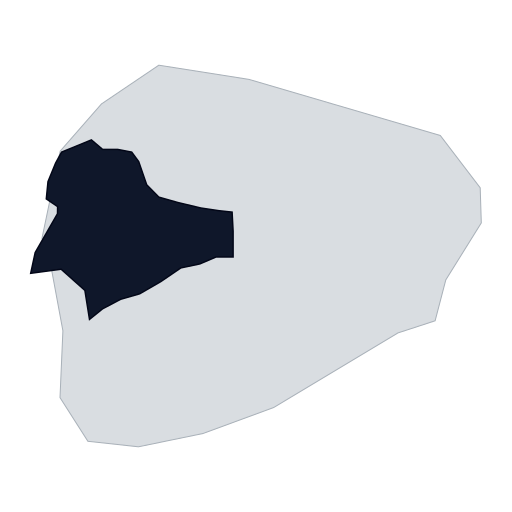 where La Massana sits in Andorra
{"feature_id": "AND-4877", "entity_name": "La Massana", "entity_type": "state/province", "adm_level": 1, "iso_a3": "AND", "parent_name": "Andorra", "parent_adm1": "", "projection": "mercator", "projection_center": [1.476, 42.553], "detail": "fine", "context": "in_parent", "style": "filled", "palette": "ink", "viewbox_px": 512, "rotation_deg": 0, "n_neighbors": 0, "source": "natural_earth", "source_scale": "10m", "svg_char_len": 785}
<svg xmlns="http://www.w3.org/2000/svg" viewBox="0 0 512 512"><path d="M435.1,320.8L398.0,332.9L273.7,407.5L203.0,433.5L138.4,446.8L87.9,441.3L60.0,397.6L62.9,330.8L51.7,270.4L42.0,238.2L60.2,151.1L101.5,103.9L158.8,65.2L249.0,79.4L440.3,135.5L480.2,187.8L481.3,222.9L445.8,279.9L435.1,320.8Z" fill="#d9dde1" stroke="#a8b0b8" stroke-width="1"/><path d="M61.6,152.1L91.4,139.9L102.6,149.4L117.6,149.4L131.7,152.1L138.7,161.6L146.7,184.8L158.8,197.1L177.8,202.5L200.9,208.0L219.0,210.7L232.1,212.1L233.1,231.2L233.1,257.0L216.0,257.0L199.9,263.9L180.9,267.9L160.8,281.6L139.7,293.8L120.6,299.3L102.6,308.8L89.5,319.4L84.9,290.4L61.1,269.2L30.7,273.3L35.2,252.5L57.5,213.7L57.6,206.6L46.3,198.9L48.0,181.6L55.6,163.1L61.6,152.1Z" fill="#0f172a" stroke="#020617" stroke-width="1.5"/></svg>